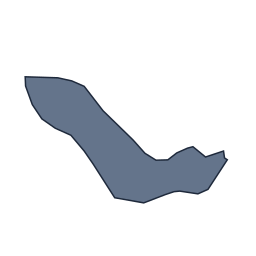 Nam-gu [South District], South Jeolla, South Korea (Natural Earth projection), rotated 66°
{"feature_id": "91817680B68494559899558", "entity_name": "Nam-gu [South District]", "entity_type": "district", "adm_level": 2, "iso_a3": "KOR", "parent_name": "South Korea", "parent_adm1": "South Jeolla", "projection": "natural_earth1", "projection_center": [126.87, 35.102], "detail": "fine", "context": "isolated", "style": "filled", "palette": "slate", "viewbox_px": 256, "rotation_deg": 66, "n_neighbors": 0, "source": "geoboundaries", "source_scale": "gbopen_adm2", "svg_char_len": 525}
<svg xmlns="http://www.w3.org/2000/svg" viewBox="0 0 256 256"><g transform="rotate(66 128 128)"><path d="M186.3,168.5L202.8,144.1L204.0,121.0L204.9,111.8L206.7,106.4L216.6,90.9L216.6,79.9L197.4,50.2L194.6,52.0L187.9,50.1L186.0,69.0L171.5,76.3L170.6,81.8L170.6,93.6L173.3,104.6L168.8,115.5L158.0,122.8L140.9,128.3L102.1,143.8L72.1,151.1L62.1,160.2L53.6,171.7L39.4,201.1L48.0,204.5L67.7,205.9L84.6,203.0L98.7,194.5L111.4,183.1L131.2,177.4L146.7,174.5L186.3,168.5Z" fill="#64748b" stroke="#1e293b" stroke-width="1.5"/></g></svg>